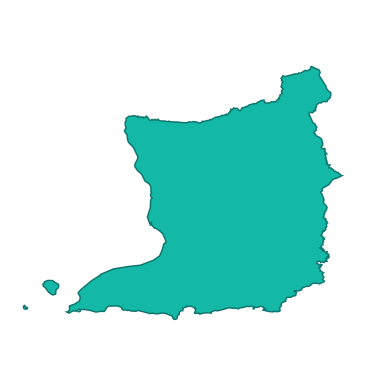 Bulukumba, Sulawesi Selatan, Indonesia, rotated 100°
{"feature_id": "22746128B72639885395673", "entity_name": "Bulukumba", "entity_type": "district", "adm_level": 2, "iso_a3": "IDN", "parent_name": "Indonesia", "parent_adm1": "Sulawesi Selatan", "projection": "equal_earth", "projection_center": [120.241, -5.484], "detail": "fine", "context": "isolated", "style": "filled", "palette": "teal", "viewbox_px": 384, "rotation_deg": 100, "n_neighbors": 0, "source": "geoboundaries", "source_scale": "gbopen_adm2", "svg_char_len": 5885}
<svg xmlns="http://www.w3.org/2000/svg" viewBox="0 0 384 384"><g transform="rotate(100 192 192)"><path d="M128.4,267.2L130.9,269.7L133.1,269.2L134.4,269.9L137.7,269.4L140.1,268.2L143.8,269.1L147.5,265.6L151.1,264.8L154.1,263.2L158.0,257.7L166.4,251.6L168.5,251.2L174.2,253.0L176.9,252.7L180.5,249.2L183.3,244.6L189.4,240.2L191.2,236.0L192.8,234.2L194.4,233.3L199.0,232.4L199.4,231.8L202.1,232.4L204.0,231.4L204.9,230.0L205.3,230.7L207.3,231.3L214.6,230.3L224.4,231.6L231.6,227.4L231.7,226.8L230.0,227.4L229.0,226.6L231.2,226.3L234.2,222.6L234.0,221.3L235.2,218.4L237.9,213.8L243.7,209.8L246.3,209.1L248.0,210.7L255.5,211.5L260.6,212.8L266.0,218.2L273.1,230.2L276.4,241.6L281.4,256.0L289.2,268.0L289.9,268.0L296.9,275.6L307.2,284.3L310.5,286.4L311.8,286.4L313.7,284.6L315.7,283.6L319.0,284.0L323.0,288.4L325.4,292.9L329.3,292.2L331.5,293.4L331.9,294.5L332.6,292.1L329.8,288.6L329.3,285.0L329.9,284.0L329.1,284.9L327.1,283.0L327.4,281.6L329.0,281.5L329.8,283.3L329.0,281.4L327.4,281.4L326.5,278.9L326.2,272.7L326.9,265.7L325.1,260.3L324.9,257.6L319.8,255.4L318.9,254.3L317.2,246.1L317.6,241.6L319.3,240.7L320.3,239.1L319.7,238.1L319.9,234.8L319.2,233.6L319.8,231.9L319.2,226.5L318.3,225.3L318.0,223.4L319.0,212.4L318.3,210.3L318.1,205.4L316.3,200.0L316.2,196.6L317.6,190.2L320.4,188.0L320.4,186.6L319.4,184.8L316.1,184.9L314.8,183.3L312.5,183.6L310.8,182.0L310.5,180.8L310.1,181.2L309.4,180.3L307.9,180.8L306.4,178.2L305.7,178.2L306.0,177.0L305.0,175.7L304.8,172.5L305.8,168.3L306.4,169.1L307.0,168.2L308.5,167.8L310.3,168.6L311.0,168.2L310.1,163.8L310.9,163.2L309.0,159.1L308.0,154.4L308.0,152.0L306.6,152.0L304.7,148.9L304.6,146.5L303.8,144.3L299.5,135.2L299.4,131.4L298.9,129.9L299.0,125.9L297.8,125.0L297.0,121.9L295.2,118.2L294.7,115.0L293.9,113.8L294.4,111.6L296.4,111.4L296.1,110.5L294.6,110.3L294.5,108.2L292.6,104.5L292.9,101.7L293.6,100.6L294.0,100.7L293.9,101.2L294.7,100.7L296.0,101.5L295.9,100.8L294.6,100.3L294.5,99.6L294.7,99.0L296.1,99.3L296.3,95.9L296.1,91.9L295.6,91.5L294.9,86.6L294.5,86.4L294.2,84.9L292.7,84.8L291.1,85.8L288.8,84.4L285.6,84.5L283.2,80.7L282.3,81.1L279.3,80.3L278.4,76.1L277.3,75.0L275.9,71.9L272.7,71.9L272.3,72.4L272.2,74.1L271.4,74.0L271.0,70.3L269.8,67.7L266.9,66.3L265.1,63.0L264.4,60.3L263.0,58.8L262.3,58.9L260.9,56.9L260.2,54.1L260.3,50.4L257.3,46.3L256.5,46.4L255.2,48.4L253.1,47.4L252.3,47.8L251.5,49.0L249.7,49.3L248.9,48.6L248.9,49.4L248.4,49.3L247.8,50.7L247.7,52.1L246.3,52.1L244.7,53.9L243.9,53.6L243.8,52.4L241.1,51.4L240.9,52.4L242.0,53.9L241.0,55.1L240.9,56.3L240.1,57.0L238.7,56.5L238.1,55.0L238.2,54.0L239.0,53.1L238.3,52.3L238.4,49.5L236.3,48.9L236.4,48.1L237.0,47.8L236.8,47.0L234.5,48.4L234.0,46.9L233.0,46.0L232.6,47.8L231.3,45.9L230.5,46.7L229.6,46.5L229.2,48.7L227.3,48.5L228.2,50.5L226.7,51.4L227.4,52.7L227.2,53.5L226.1,52.3L224.9,53.4L225.6,54.0L225.1,56.7L224.7,56.7L224.0,54.9L222.2,55.4L221.3,54.6L221.2,53.8L219.2,54.6L217.9,53.8L216.6,54.5L215.5,53.4L215.0,54.0L214.4,53.7L214.5,55.0L213.6,55.1L212.7,56.1L212.5,57.4L211.7,56.9L211.1,57.3L209.8,56.4L207.7,56.6L208.1,55.4L205.6,53.7L204.0,54.6L203.0,53.4L199.6,54.1L199.1,53.3L198.6,54.1L198.0,53.8L197.3,54.3L196.9,55.5L195.9,55.3L195.0,55.9L195.6,56.6L194.4,58.3L193.4,57.6L192.3,58.1L191.0,57.6L190.3,58.2L189.9,57.6L188.9,57.8L186.9,56.7L183.8,56.3L181.9,57.7L180.6,60.0L178.3,61.0L176.9,60.6L171.2,63.8L170.5,65.0L169.6,65.3L168.3,63.9L165.6,64.2L161.0,58.5L155.1,55.6L152.7,50.9L149.8,47.2L149.8,48.4L149.0,48.9L147.4,51.7L147.5,52.9L146.7,54.3L146.8,56.1L145.7,56.5L144.1,59.4L144.6,60.3L144.2,61.5L141.4,60.8L141.3,64.6L139.5,63.7L138.1,65.1L137.3,64.9L136.2,66.6L135.5,65.8L133.3,66.5L131.8,67.8L131.0,65.9L128.9,68.4L126.7,68.2L126.1,69.3L126.7,71.5L126.1,72.3L124.7,72.5L123.9,71.6L121.8,71.5L117.5,73.6L116.2,75.7L114.8,80.1L113.5,80.4L113.1,82.0L111.8,82.2L109.9,80.5L107.6,80.9L106.5,80.3L104.7,82.1L103.9,82.3L102.7,85.0L94.5,90.6L93.2,89.8L93.0,87.1L91.8,86.1L90.9,86.4L90.9,85.0L89.7,84.4L88.6,85.3L87.6,84.4L86.4,84.7L83.9,84.1L83.2,83.0L82.3,82.7L81.9,81.8L81.9,80.3L81.0,79.9L79.7,77.1L79.8,75.5L79.3,74.6L77.1,74.1L75.6,72.5L72.7,72.1L70.0,72.7L68.6,75.6L66.3,78.0L64.6,78.3L55.8,86.5L54.6,87.1L52.0,86.6L49.8,88.0L47.7,96.1L48.1,96.7L50.6,96.9L52.7,99.6L52.6,101.8L56.0,105.4L56.3,107.6L57.6,108.7L57.8,111.1L61.8,119.5L62.2,121.3L61.7,122.6L64.7,124.0L65.0,123.2L66.8,123.1L67.7,121.6L68.8,122.3L71.7,122.1L72.6,122.7L73.6,121.9L74.5,120.1L76.0,120.6L76.5,121.4L78.6,121.0L79.2,120.2L81.4,122.3L82.5,121.9L84.5,123.0L85.1,122.3L85.3,123.2L86.2,123.2L87.1,124.7L88.5,124.8L89.4,129.5L90.5,130.5L91.6,134.5L90.9,135.7L91.2,136.0L89.0,137.1L89.7,139.4L92.2,142.9L94.1,144.4L93.9,145.2L94.7,147.4L96.4,150.9L98.3,152.6L98.5,154.0L99.4,154.7L100.3,157.2L103.6,158.5L103.4,159.8L101.7,162.2L102.4,164.4L101.9,165.6L103.8,166.5L103.8,168.2L105.0,167.4L106.1,168.8L107.3,168.7L107.7,169.5L109.9,170.5L109.6,171.1L109.9,171.4L109.5,171.8L111.1,173.9L111.3,176.1L112.6,177.2L114.4,181.9L117.4,185.6L117.8,187.2L118.6,187.6L118.9,189.2L120.3,192.1L120.6,194.2L121.5,194.3L122.1,195.2L122.9,197.2L122.3,198.7L122.4,203.0L123.4,204.9L123.2,206.4L124.9,209.7L125.7,217.4L125.4,218.3L126.3,220.7L125.8,221.5L126.5,222.6L126.3,223.7L126.7,225.2L126.2,226.9L127.0,228.1L126.8,231.1L127.5,235.2L127.1,237.3L126.2,237.8L127.5,239.7L126.8,241.0L128.1,242.7L127.4,244.0L128.8,245.1L128.2,247.2L127.3,247.4L125.2,250.1L127.6,252.5L126.6,253.3L127.0,253.9L126.9,255.8L127.9,256.9L126.6,258.4L126.9,259.1L127.7,259.2L126.9,260.9L127.2,262.6L126.9,263.0L127.5,263.6L128.4,267.2ZM308.3,306.8L306.1,307.5L304.7,311.7L303.6,313.4L303.6,315.5L304.2,318.8L306.0,321.7L307.8,321.8L308.0,322.5L308.7,322.8L310.8,321.8L311.8,319.8L315.4,315.9L317.3,312.4L317.4,310.8L316.2,308.6L311.7,308.9L309.8,307.1L308.3,306.8ZM336.0,334.2L334.5,333.9L334.3,335.2L332.8,337.4L333.9,338.1L335.9,337.5L336.3,335.8L336.0,334.2Z" fill="#14b8a6" stroke="#0f766e" stroke-width="1.5"/></g></svg>